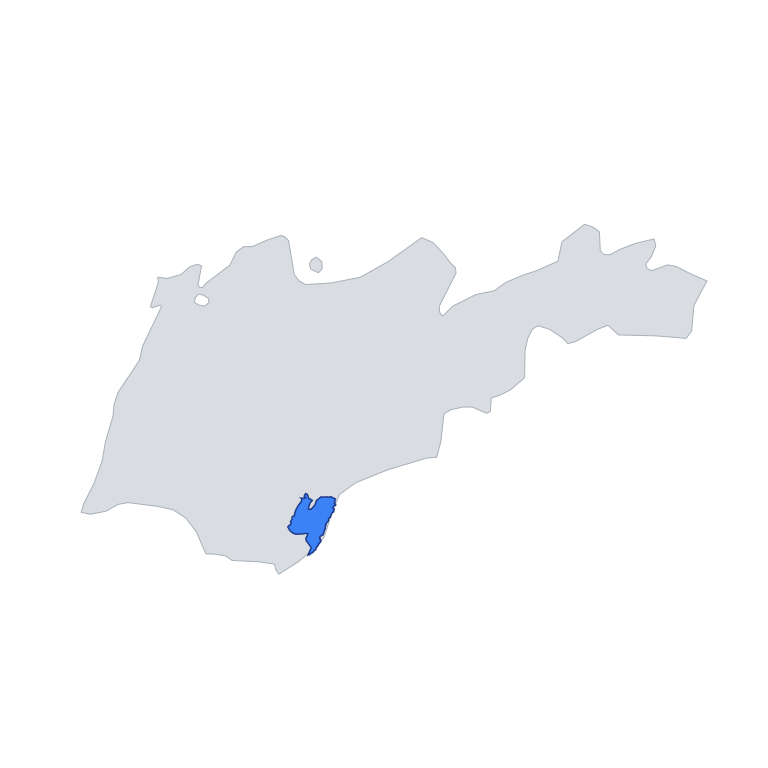 Armavir, Armavir, Armenia (highlighted), rotated 297°
{"feature_id": "60910142B17839565239341", "entity_name": "Armavir", "entity_type": "district", "adm_level": 2, "iso_a3": "ARM", "parent_name": "Armenia", "parent_adm1": "Armavir", "projection": "orthographic", "projection_center": [44.066, 40.108], "detail": "fine", "context": "in_parent", "style": "filled", "palette": "blue", "viewbox_px": 768, "rotation_deg": 297, "n_neighbors": 0, "source": "geoboundaries", "source_scale": "gbopen_adm2", "svg_char_len": 4879}
<svg xmlns="http://www.w3.org/2000/svg" viewBox="0 0 768 768"><g transform="rotate(297 384 384)"><path d="M342.6,464.2L337.1,455.3L309.2,426.2L283.4,403.8L265.8,394.6L248.1,395.6L220.7,400.1L210.6,398.2L186.7,388.4L166.8,376.6L169.5,371.8L173.7,368.3L168.8,353.1L157.8,328.7L159.0,321.1L155.6,310.5L151.8,302.5L167.4,283.5L174.6,268.3L176.2,253.3L172.2,237.8L162.1,209.7L155.9,201.6L144.3,193.9L134.6,181.4L132.2,172.5L140.4,170.8L164.4,170.7L187.6,167.8L205.8,162.1L232.1,157.2L242.9,152.9L255.5,150.8L294.0,155.3L308.3,151.7L351.6,150.7L352.7,148.8L346.7,143.0L346.8,140.8L372.5,136.7L376.4,133.9L379.9,143.3L389.7,153.6L400.3,157.7L406.0,163.4L406.4,167.8L387.7,173.3L386.5,176.0L387.7,178.6L393.3,179.8L419.7,192.6L434.7,192.6L442.6,196.5L446.7,204.3L459.4,214.7L469.6,224.9L470.2,228.5L468.4,233.8L440.7,254.5L437.3,261.5L437.0,268.9L449.7,290.6L468.3,314.4L494.9,332.1L531.6,351.2L532.3,363.5L526.9,378.2L522.1,388.2L520.0,394.9L515.6,397.8L479.3,397.9L473.9,400.3L471.6,403.3L471.4,405.6L484.6,409.9L505.2,425.1L517.3,440.0L529.7,446.3L543.7,458.1L554.9,469.1L572.4,483.2L591.4,478.0L617.4,490.2L618.7,499.0L617.3,506.9L601.4,515.9L599.5,519.5L599.6,522.5L601.8,526.6L611.4,533.4L622.8,543.5L635.8,558.7L630.4,563.5L618.7,564.4L609.5,562.8L606.3,566.0L606.6,571.1L618.9,582.6L621.4,591.1L621.3,606.1L622.4,625.0L594.5,624.5L570.8,634.1L561.8,632.5L555.4,616.6L550.0,603.7L534.2,570.7L538.0,556.9L529.4,549.2L508.8,535.4L503.5,529.6L506.2,521.5L507.9,506.7L505.8,494.8L500.2,491.3L490.1,491.3L477.9,494.5L453.4,506.4L436.2,499.3L426.2,492.0L420.4,485.9L407.6,491.2L404.4,488.7L403.6,473.4L399.6,465.2L391.8,455.6L384.6,451.0L358.4,460.8L342.6,464.2ZM380.5,188.7L381.2,183.1L380.0,178.1L375.8,176.6L370.6,178.0L370.3,183.5L371.9,188.8L377.1,191.1L380.5,188.7ZM464.8,273.0L458.9,276.5L453.3,275.1L453.1,266.5L457.1,263.0L461.8,263.1L466.3,266.1L464.8,273.0Z" fill="#d9dde1" stroke="#a8b0b8" stroke-width="1"/><path d="M229.9,362.8L228.5,363.1L227.9,363.2L225.9,364.1L225.1,363.0L224.3,362.6L223.6,362.5L221.8,363.5L218.9,363.1L217.9,364.5L216.3,364.3L215.8,364.5L214.7,363.5L213.0,363.2L210.6,366.7L209.8,370.2L210.1,373.6L212.2,377.3L213.7,379.9L215.5,382.3L216.0,384.4L211.3,384.4L209.3,385.6L207.6,388.8L205.1,393.6L202.1,393.6L197.2,394.0L197.6,394.3L197.8,394.8L198.1,395.2L198.4,395.5L199.0,395.5L199.4,395.5L199.9,395.7L200.2,396.0L200.5,396.4L200.9,396.5L201.2,396.7L201.4,397.0L202.0,397.0L202.4,397.1L202.7,397.4L203.1,397.4L203.5,397.4L203.8,397.5L204.2,397.6L204.4,397.8L204.6,398.1L204.9,398.2L205.3,398.3L205.6,398.4L205.9,398.2L206.4,398.1L207.2,398.0L207.8,397.9L208.1,398.3L208.4,398.4L208.8,398.2L209.1,398.3L209.4,398.4L209.6,398.3L210.1,398.4L210.4,398.6L210.7,398.6L211.1,398.5L211.5,398.6L211.8,398.4L212.2,398.3L212.3,398.5L212.5,398.7L212.9,398.8L213.2,398.8L213.4,398.8L213.6,399.0L214.0,399.1L214.3,398.9L214.6,398.9L215.0,399.1L215.3,399.2L215.7,398.8L216.1,398.5L216.4,398.3L216.4,398.2L216.4,397.6L216.5,397.3L217.2,397.2L217.5,397.2L217.6,396.9L217.4,396.7L217.6,396.5L218.1,396.3L218.6,396.3L218.9,396.3L219.5,396.5L219.9,396.6L220.1,396.7L220.3,397.0L220.7,397.4L221.0,397.5L221.3,397.6L221.5,397.8L221.7,398.1L222.1,398.2L222.6,397.9L222.9,398.0L223.3,397.8L223.8,397.8L224.2,397.8L224.6,397.8L224.9,397.7L225.3,397.7L225.6,397.5L225.9,397.5L226.5,397.3L227.2,397.4L227.5,397.4L227.8,397.2L228.2,397.3L228.4,397.4L229.0,397.3L229.3,397.0L229.7,396.7L230.1,396.4L230.5,396.2L230.9,396.3L231.0,396.4L231.4,396.5L231.8,396.5L232.2,396.4L232.5,396.2L232.6,395.9L232.9,395.7L233.4,395.7L233.9,395.8L234.5,396.1L235.1,396.2L235.7,396.5L236.2,396.6L236.6,396.6L237.0,396.6L237.5,396.5L238.0,396.2L238.2,395.9L238.3,395.9L238.9,395.8L239.4,395.8L239.8,396.0L240.0,396.2L240.4,396.5L240.9,396.8L241.2,396.8L241.6,396.8L242.0,396.4L242.7,396.2L243.4,396.3L244.0,396.3L244.6,396.4L245.1,396.4L245.6,396.3L246.0,396.3L246.3,396.4L246.7,396.7L246.8,396.8L246.9,397.1L247.2,397.2L247.6,397.2L247.9,396.9L248.2,396.7L248.5,396.6L249.0,396.6L249.6,396.6L249.9,396.5L250.2,396.2L250.1,395.7L250.0,395.2L250.0,394.9L250.4,394.7L250.7,394.6L251.0,394.6L251.5,394.6L252.0,394.7L252.6,394.8L253.1,395.0L253.4,395.2L253.6,395.5L253.7,395.9L254.0,395.8L254.3,395.6L254.7,395.6L254.7,395.4L254.7,395.1L254.8,394.6L254.8,394.3L255.0,393.9L255.3,393.7L255.6,393.8L255.9,394.0L256.2,394.1L256.5,394.0L256.7,393.7L257.0,393.4L257.4,393.2L257.8,393.2L258.2,393.2L258.3,393.2L258.7,393.0L258.9,392.8L259.3,392.6L259.6,392.6L259.5,391.6L259.4,389.8L259.6,388.0L258.0,386.1L257.4,384.2L255.8,381.6L254.8,379.1L252.9,378.3L249.4,376.7L244.9,377.4L241.9,376.6L239.2,375.9L238.2,373.6L240.7,372.6L244.7,372.2L247.7,373.0L248.0,371.1L247.9,368.8L249.5,367.4L251.0,365.5L250.7,363.8L247.8,363.8L246.9,365.7L245.7,364.2L244.6,362.0L244.5,362.9L244.3,363.0L242.8,363.4L241.9,363.7L237.1,362.8L232.8,362.6L229.9,362.8Z" fill="#3b82f6" stroke="#1e3a8a" stroke-width="1.5"/></g></svg>